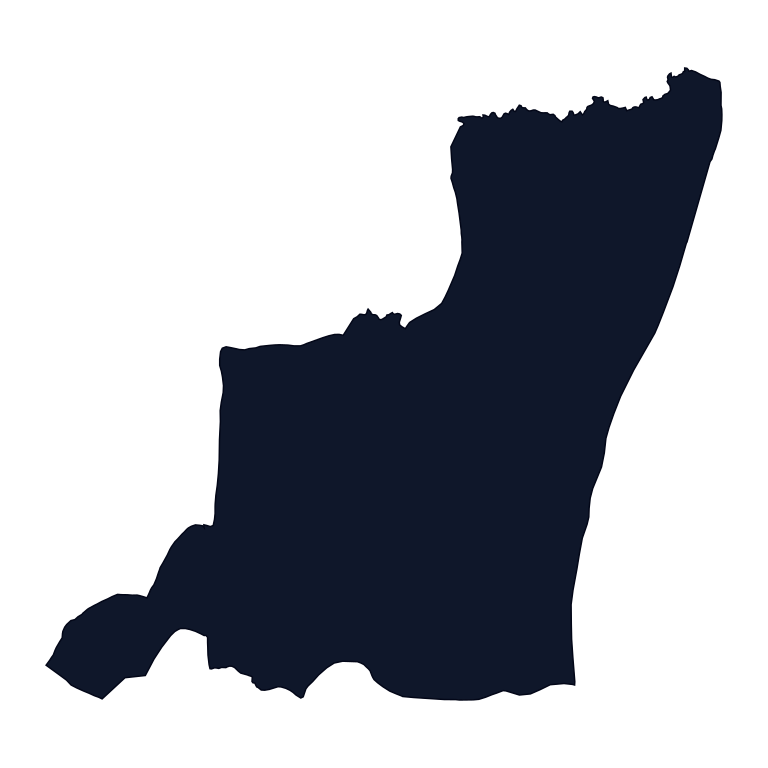 the district of Odongk, Kâmpóng Spœ, Cambodia
{"feature_id": "14789045B64989528784016", "entity_name": "Odongk", "entity_type": "district", "adm_level": 2, "iso_a3": "KHM", "parent_name": "Cambodia", "parent_adm1": "Kâmpóng Spœ", "projection": "robinson", "projection_center": [104.6, 11.691], "detail": "fine", "context": "isolated", "style": "filled", "palette": "ink", "viewbox_px": 768, "rotation_deg": 0, "n_neighbors": 0, "source": "geoboundaries", "source_scale": "gbopen_adm2", "svg_char_len": 6040}
<svg xmlns="http://www.w3.org/2000/svg" viewBox="0 0 768 768"><path d="M460.4,126.9L450.9,146.8L451.6,158.6L452.6,169.4L452.5,172.8L451.2,176.2L451.0,178.3L452.4,182.6L453.8,187.8L455.3,192.1L456.9,198.6L457.5,203.1L459.1,213.2L461.2,230.0L461.3,233.6L461.8,237.1L462.0,239.8L461.9,242.0L462.2,253.1L460.2,259.5L457.8,265.9L454.7,275.4L448.3,290.3L445.1,297.1L441.7,303.4L434.2,309.6L425.2,313.8L416.4,318.2L409.6,322.5L407.0,326.1L405.3,328.7L401.8,326.7L399.6,324.8L399.3,322.2L400.6,318.0L401.3,315.4L399.8,314.0L397.6,313.5L395.8,314.0L394.1,314.3L393.0,313.6L392.4,312.6L390.9,313.4L388.9,314.7L386.9,315.0L386.2,316.8L382.0,319.4L380.5,319.7L379.1,319.2L378.4,317.9L376.7,315.5L375.2,314.8L372.9,314.7L371.1,313.7L370.9,312.4L368.1,309.1L367.5,310.2L366.7,313.1L365.7,314.5L364.2,314.8L361.3,314.3L359.9,314.2L358.1,315.9L357.1,316.8L355.3,317.8L353.7,318.7L343.2,335.3L339.1,334.4L334.6,334.5L328.9,335.8L322.9,337.7L306.7,343.5L303.8,344.8L300.4,345.9L294.2,345.9L288.0,345.1L282.5,344.9L279.5,344.8L274.5,345.0L269.7,345.4L260.2,346.4L255.8,347.9L249.3,348.6L244.7,349.9L239.2,349.5L236.7,348.9L230.5,347.6L226.1,346.8L222.3,348.2L220.6,351.6L219.7,359.3L219.7,365.4L221.4,371.2L222.5,377.1L223.5,385.6L223.2,392.6L221.3,402.4L220.2,410.6L220.4,421.6L219.5,439.6L219.2,460.0L218.4,473.7L217.3,485.2L215.9,495.2L215.2,503.8L215.1,506.7L215.1,513.6L214.5,519.4L213.2,525.5L210.3,526.6L206.8,525.5L203.9,524.8L204.2,527.8L202.5,525.8L199.7,525.3L195.4,524.9L191.3,526.3L188.3,528.0L186.7,529.4L184.2,532.1L182.0,534.2L177.5,539.2L175.0,541.7L171.5,546.7L169.9,549.5L167.3,555.1L162.7,563.4L160.2,567.6L159.5,569.9L158.5,572.6L156.5,578.7L154.9,582.5L153.8,585.0L152.6,586.5L151.5,588.1L150.3,590.4L149.6,592.2L148.3,595.1L146.9,597.9L143.7,596.8L139.4,595.6L137.1,595.1L132.3,595.2L127.4,594.8L121.2,594.7L119.0,594.5L117.5,594.4L112.2,596.6L107.7,598.9L101.8,601.5L97.0,604.1L94.7,605.2L89.0,608.3L87.6,609.2L82.8,613.3L82.0,614.4L78.2,616.6L74.9,619.6L70.9,620.6L66.7,624.5L64.7,627.2L62.9,631.3L62.5,633.6L62.2,637.8L59.6,641.9L56.3,647.6L55.0,650.5L53.3,655.0L51.6,657.3L49.7,660.3L46.1,665.2L59.6,675.0L66.5,680.1L71.1,685.0L76.9,688.0L83.6,691.0L89.0,693.2L94.2,695.6L98.9,697.3L102.1,698.9L125.0,677.7L145.3,675.5L154.0,659.0L161.7,647.2L170.6,635.6L174.8,631.5L178.0,629.6L180.4,628.5L185.4,628.5L190.0,629.5L195.5,631.3L200.9,633.8L204.1,635.5L206.1,635.4L207.6,637.4L207.6,642.5L207.8,647.6L208.0,655.1L209.1,664.7L210.0,668.7L211.5,668.9L214.6,667.8L216.7,668.0L218.8,668.4L221.6,667.4L225.9,667.6L227.1,666.9L229.4,666.1L231.8,666.2L234.6,667.5L238.4,671.2L240.8,673.1L247.3,674.9L249.0,675.6L251.0,676.2L252.3,676.9L252.0,681.5L253.0,682.8L254.9,683.1L255.6,684.8L256.7,686.9L258.1,687.5L261.2,690.0L264.7,690.2L269.3,689.4L278.0,686.7L281.0,686.9L285.8,688.3L290.0,690.3L293.1,692.4L296.0,695.0L300.8,698.0L303.2,696.8L305.9,688.8L308.1,685.9L312.7,681.5L318.6,674.9L326.7,667.8L334.2,663.0L342.7,661.2L357.5,661.7L360.9,663.0L363.9,664.5L366.1,666.7L368.4,668.8L370.1,670.8L372.0,675.7L372.9,677.6L374.1,679.6L377.7,682.8L382.9,686.7L389.8,691.1L396.4,693.9L401.3,695.8L402.7,696.5L413.8,697.5L444.2,699.5L455.8,699.6L459.4,700.0L473.5,699.8L478.9,699.3L485.6,697.2L492.1,694.6L496.8,693.0L503.1,690.6L506.0,690.9L519.4,695.0L530.4,693.9L540.0,689.7L550.2,684.7L564.0,683.5L572.4,684.4L574.6,685.0L574.8,681.7L573.9,670.4L572.8,656.8L571.6,639.2L571.3,624.6L571.1,604.6L573.0,590.1L576.9,568.9L579.4,553.7L582.3,538.1L587.1,524.2L588.8,517.0L589.1,508.3L590.2,498.1L592.7,488.5L601.5,467.0L604.3,453.0L605.9,438.4L609.0,427.4L613.9,413.4L620.7,396.1L633.7,370.0L648.7,343.8L654.8,333.1L658.2,325.2L663.2,312.6L673.0,286.6L679.8,265.6L686.3,243.3L687.0,242.0L710.0,161.7L711.9,159.0L712.9,155.2L714.5,150.7L715.3,149.0L718.8,137.8L720.9,130.3L721.8,120.5L721.9,114.7L721.7,108.9L721.0,105.4L721.1,92.4L720.2,86.2L719.9,82.4L719.0,81.1L714.7,79.7L711.0,79.3L707.8,78.1L704.8,76.5L700.0,74.3L695.6,71.9L691.5,70.5L689.1,71.2L688.4,69.9L686.9,68.3L684.7,68.0L684.7,71.4L683.4,71.6L682.7,73.2L681.7,74.0L679.1,74.9L677.7,76.4L675.6,77.0L674.1,76.3L672.8,77.3L671.6,77.1L671.3,75.6L671.0,73.1L669.5,73.9L667.9,75.9L667.5,77.2L667.8,78.4L668.0,79.9L667.2,81.5L668.1,83.3L669.3,84.8L670.1,86.4L670.5,90.1L669.8,91.1L667.7,93.5L665.0,94.3L662.9,96.0L662.7,97.2L661.6,98.3L660.0,98.7L657.7,99.7L655.4,100.0L653.8,99.8L652.0,96.8L650.2,97.5L649.4,99.3L648.0,100.0L646.9,99.6L646.2,97.1L644.9,97.5L643.0,99.6L643.7,102.7L642.7,103.6L640.8,104.2L640.0,105.5L639.0,107.8L635.9,106.9L634.2,107.0L632.8,107.7L631.9,109.1L626.7,110.7L625.3,107.4L623.1,108.0L620.3,108.5L618.5,108.5L617.1,107.5L613.2,106.1L611.8,105.8L610.2,105.4L608.6,104.3L607.8,100.7L604.7,102.3L603.2,101.3L603.2,99.4L602.9,97.7L601.2,97.0L599.5,97.6L598.2,97.8L596.4,97.0L594.3,96.6L593.0,97.0L592.5,98.3L593.5,99.9L594.4,101.2L593.6,103.4L592.0,104.8L590.7,105.4L589.5,105.8L587.8,106.5L587.0,107.4L586.7,109.3L584.7,111.6L583.7,113.9L582.4,114.9L580.2,111.7L578.1,113.8L575.8,114.8L574.0,115.2L573.6,114.0L573.0,112.4L572.1,111.2L569.8,111.2L569.1,112.7L568.7,115.0L567.7,116.4L566.2,117.5L565.4,118.5L564.1,119.5L562.9,120.0L561.8,121.8L560.4,121.2L558.5,119.7L555.5,117.0L554.9,115.6L553.2,114.3L550.1,114.7L548.5,114.0L547.3,112.9L545.6,112.8L543.3,112.9L540.9,112.7L537.2,111.0L535.1,110.0L533.3,110.0L531.0,110.8L528.9,111.0L527.4,110.2L526.1,108.9L525.4,107.9L523.0,107.8L521.9,107.5L521.0,105.7L519.3,105.2L518.4,106.6L516.9,108.8L516.0,110.7L515.2,111.6L514.2,111.3L512.8,109.3L511.1,110.4L509.6,112.2L508.7,114.5L507.0,113.6L505.5,113.2L504.1,113.8L502.1,117.3L500.4,118.4L498.9,118.2L497.4,117.8L496.5,116.2L495.7,115.2L494.9,113.2L493.3,112.5L491.9,112.8L490.5,114.3L489.4,116.5L488.2,116.7L486.9,116.2L484.9,115.2L483.0,115.0L483.3,117.2L481.9,118.3L480.8,117.4L479.7,116.7L477.1,116.9L475.6,116.8L473.8,116.3L472.5,116.2L468.1,116.6L466.1,116.9L463.7,117.5L461.7,117.1L459.1,117.6L458.2,118.7L458.3,120.5L459.7,121.2L460.7,121.5L462.0,121.9L463.0,122.5L464.0,123.7L463.2,125.5L460.4,126.9Z" fill="#0f172a" stroke="#020617" stroke-width="1.5"/></svg>